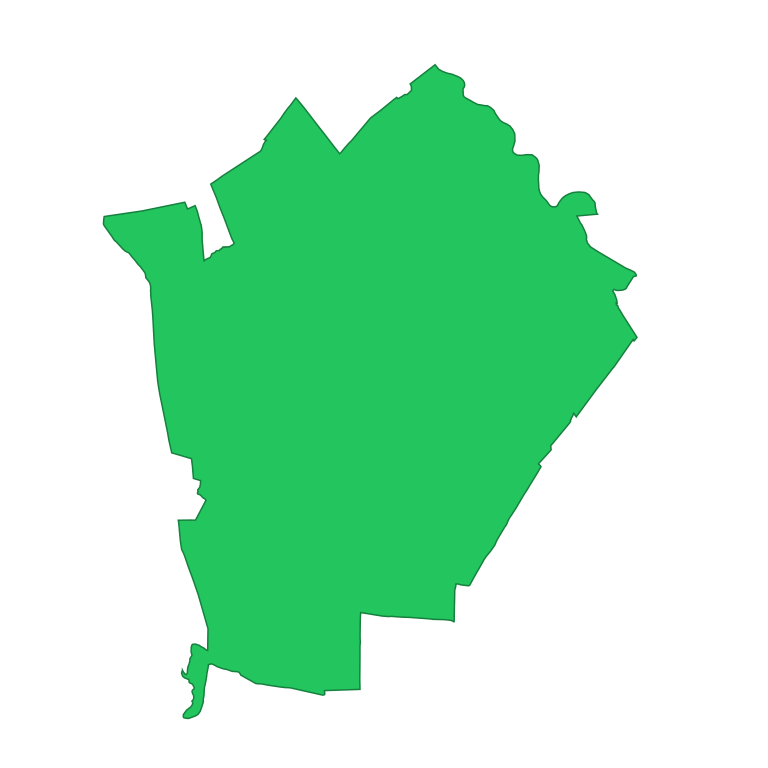 outline of Podoleni, Neamt, Romania, rotated 174°
{"feature_id": "2599482B76653311270288", "entity_name": "Podoleni", "entity_type": "district", "adm_level": 2, "iso_a3": "ROU", "parent_name": "Romania", "parent_adm1": "Neamt", "projection": "orthographic", "projection_center": [26.635, 46.808], "detail": "fine", "context": "isolated", "style": "filled", "palette": "green", "viewbox_px": 768, "rotation_deg": 174, "n_neighbors": 0, "source": "geoboundaries", "source_scale": "gbopen_adm2", "svg_char_len": 6113}
<svg xmlns="http://www.w3.org/2000/svg" viewBox="0 0 768 768"><g transform="rotate(174 384 384)"><path d="M299.8,696.2L326.6,679.7L325.7,677.3L326.0,672.9L326.8,672.5L330.8,669.4L332.9,669.7L336.9,667.7L340.3,666.3L341.4,667.7L344.3,666.0L358.6,656.6L369.1,650.3L370.4,649.2L381.5,638.5L390.6,629.7L393.7,627.2L398.5,622.8L402.8,618.5L404.1,617.7L406.1,621.0L408.7,625.1L416.7,638.1L421.6,645.9L434.4,666.7L440.2,675.6L441.8,677.7L448.6,670.3L450.1,669.0L451.7,667.3L455.1,663.6L459.0,658.9L475.8,641.5L477.6,639.8L476.8,639.2L475.4,638.8L475.6,638.4L476.6,637.8L478.7,635.1L481.0,630.4L481.7,629.4L483.1,628.0L484.0,627.7L522.8,607.9L528.3,604.7L535.4,600.9L533.6,594.7L531.3,587.1L528.5,575.8L525.8,566.3L520.2,544.7L518.3,539.7L519.2,538.8L520.2,538.0L521.0,537.9L523.3,536.6L523.7,536.6L523.9,536.8L524.7,536.6L525.5,536.8L526.0,536.6L526.4,536.7L526.8,537.0L527.0,537.0L527.5,536.7L528.1,537.0L528.6,536.6L528.9,536.6L529.7,537.2L530.0,537.1L530.4,536.3L531.2,536.0L531.4,535.6L531.6,535.4L532.8,535.1L533.5,534.2L534.1,533.9L536.0,534.1L537.2,533.8L538.2,532.7L539.8,531.9L540.9,531.8L541.4,531.6L541.9,531.2L542.2,530.1L543.6,528.1L544.8,527.6L546.3,527.2L548.1,526.5L550.1,525.4L550.0,537.0L549.9,539.1L549.8,546.2L549.1,553.0L549.0,556.3L549.2,561.0L549.8,563.7L551.7,575.5L553.2,581.1L561.1,578.6L563.1,585.6L606.4,581.4L644.8,579.8L645.5,577.0L646.2,573.1L646.2,572.1L646.1,571.6L645.5,570.3L639.0,558.8L637.9,556.5L637.2,555.2L636.5,554.4L635.5,553.5L631.7,548.4L629.6,545.5L627.8,543.6L626.7,542.7L624.2,541.2L623.4,540.1L621.5,537.0L618.9,533.3L616.1,528.7L613.7,525.7L613.3,525.0L613.3,524.7L612.3,523.3L610.2,519.7L609.8,517.8L609.7,514.5L607.1,510.5L606.4,508.9L605.9,506.0L606.1,502.7L606.5,500.4L606.4,498.9L606.8,496.0L606.7,494.1L606.7,481.8L606.9,474.8L608.3,447.9L608.8,410.7L608.4,402.6L608.0,396.6L604.3,358.3L603.8,350.5L602.3,337.7L583.2,329.8L583.2,325.2L583.1,322.7L583.4,310.0L577.4,307.5L576.5,307.2L577.1,303.3L577.6,302.1L577.8,301.1L578.1,300.5L580.3,298.2L580.3,296.4L581.0,295.0L580.6,294.0L579.5,293.5L578.8,293.2L577.3,291.7L576.2,290.0L575.4,289.3L574.5,288.9L573.9,288.1L573.6,287.4L573.2,287.0L585.7,268.3L591.8,269.0L602.9,270.0L602.7,267.9L602.7,263.4L602.8,259.2L602.9,252.3L602.9,247.6L602.6,241.4L602.3,239.8L601.2,237.2L600.2,233.5L598.2,224.7L597.2,220.6L594.8,211.3L590.8,194.1L584.6,159.1L587.2,137.5L588.4,137.9L590.8,140.2L593.2,141.7L595.0,143.4L598.9,145.1L601.6,145.1L602.4,144.4L603.3,142.0L603.4,140.5L603.8,138.5L603.8,137.2L603.4,135.3L603.4,134.1L605.8,131.0L605.9,129.3L607.2,125.7L607.8,124.7L608.7,122.8L609.3,120.2L609.8,117.1L611.0,115.7L612.2,116.3L613.7,118.7L614.4,120.5L614.6,119.3L615.3,118.8L615.5,117.2L614.8,114.4L613.0,112.5L609.0,110.5L608.9,109.6L609.0,108.3L608.8,107.4L607.8,106.6L606.7,106.1L605.7,105.2L604.4,101.6L604.9,100.7L606.0,99.9L606.7,99.2L607.0,98.6L607.0,97.7L606.7,96.2L606.0,94.4L605.9,92.4L606.2,91.0L606.7,90.0L608.2,88.7L607.7,87.7L607.6,86.6L608.2,85.1L609.8,83.1L614.3,80.4L618.1,76.2L618.4,73.8L617.8,72.9L615.1,72.1L613.2,71.8L609.4,72.8L606.5,73.5L603.7,74.7L601.2,77.4L599.1,81.7L596.9,86.7L596.8,88.3L596.6,89.7L595.7,92.6L595.4,94.3L595.0,97.0L594.3,101.0L593.4,103.4L592.2,107.3L590.9,112.0L590.4,114.6L588.0,122.2L588.0,123.3L584.9,123.7L583.1,122.9L579.4,120.3L574.0,117.7L569.8,116.4L565.1,114.1L560.5,113.3L558.9,112.8L558.2,112.2L557.5,111.2L556.9,109.5L542.8,99.5L540.6,99.0L537.4,98.6L530.4,96.5L518.4,93.4L514.4,92.5L509.2,91.7L477.8,81.1L476.3,81.0L475.5,81.4L475.2,83.1L475.4,85.2L475.1,85.3L439.8,82.8L439.0,92.4L436.3,116.3L435.3,125.8L434.5,129.9L434.4,133.1L434.0,137.2L432.1,153.0L431.5,156.7L431.1,159.1L409.6,153.3L403.6,152.2L401.4,152.2L390.1,150.2L383.5,149.3L362.8,145.6L359.7,144.8L348.9,143.4L344.0,142.4L341.6,141.7L339.3,140.2L339.0,140.8L337.7,151.6L336.0,164.8L335.2,171.5L333.8,175.2L333.4,177.5L331.3,177.4L328.8,176.3L321.2,174.5L320.5,174.6L319.6,175.2L314.1,183.2L308.8,190.5L302.9,198.8L300.6,201.6L295.3,206.8L290.7,212.1L289.4,214.5L287.5,217.6L286.3,219.2L285.0,221.0L278.5,229.6L277.8,230.2L276.9,231.3L274.7,235.4L273.3,237.5L270.5,240.8L265.5,247.0L255.9,260.0L253.0,263.5L250.1,267.3L249.2,268.6L244.5,274.6L239.6,281.1L237.3,284.3L236.5,285.3L237.1,286.5L238.8,288.4L224.7,301.0L224.6,303.8L224.7,305.2L222.7,307.0L203.6,325.7L202.3,327.3L202.4,328.6L202.1,328.8L201.6,329.4L201.4,330.2L200.0,332.0L198.8,334.3L198.7,334.9L198.5,335.1L196.2,331.2L195.4,332.2L173.7,356.0L154.9,375.7L153.5,376.9L135.1,398.2L131.5,402.2L130.8,400.7L127.5,403.9L140.0,428.9L140.2,429.8L140.7,430.4L141.2,431.9L142.7,434.5L143.2,436.4L143.4,437.7L144.6,438.4L144.6,440.4L143.7,440.0L143.7,441.3L143.8,443.4L145.1,449.0L146.3,451.6L146.8,452.3L146.5,453.1L146.3,453.4L145.9,453.5L145.2,454.1L144.2,453.4L143.6,453.0L142.8,452.8L140.9,452.5L136.8,452.5L135.6,452.7L134.0,453.2L132.9,454.0L132.5,454.7L131.3,456.4L124.7,464.7L121.8,465.2L121.9,466.7L123.3,469.1L127.1,471.6L130.7,473.5L131.9,474.3L158.0,493.7L163.8,498.4L164.9,499.6L165.8,501.3L166.6,502.3L166.8,502.7L167.3,505.1L167.3,505.4L167.7,506.6L167.2,508.1L167.1,510.4L167.9,513.6L168.5,515.7L170.7,521.8L171.9,523.8L173.2,527.3L174.7,530.9L153.9,530.6L154.6,531.8L155.1,535.8L155.3,539.1L155.2,542.2L156.5,544.5L157.3,545.3L159.3,548.8L160.5,550.8L162.4,552.4L164.6,553.6L170.0,554.6L175.8,554.7L179.9,553.8L183.9,552.3L187.1,550.3L190.5,546.8L192.7,543.7L193.5,542.7L195.9,542.3L197.9,542.6L199.4,543.4L200.6,544.5L203.4,549.4L206.9,553.8L208.6,557.1L209.3,560.1L209.5,562.8L209.1,571.0L208.6,575.5L207.7,579.0L206.8,585.2L207.7,590.6L208.5,592.2L209.6,593.6L212.7,596.4L218.1,597.2L222.6,597.0L227.4,597.6L230.1,599.5L231.3,600.8L231.7,602.2L231.6,604.4L230.3,607.0L228.4,611.8L227.8,619.1L229.4,623.6L231.8,627.4L234.5,629.5L237.7,631.3L240.6,633.6L242.5,636.6L245.1,641.6L246.1,644.6L249.3,648.0L251.9,649.9L254.8,650.3L258.4,651.4L261.6,652.2L265.5,654.7L268.7,657.1L272.3,659.5L274.3,661.1L275.0,663.2L274.8,665.4L274.6,669.1L273.1,671.1L272.5,672.8L272.6,675.4L273.7,677.8L275.5,680.0L277.9,681.7L283.8,684.9L288.6,686.5L293.4,688.9L296.8,691.4L299.8,696.2Z" fill="#22c55e" stroke="#15803d" stroke-width="1.5"/></g></svg>